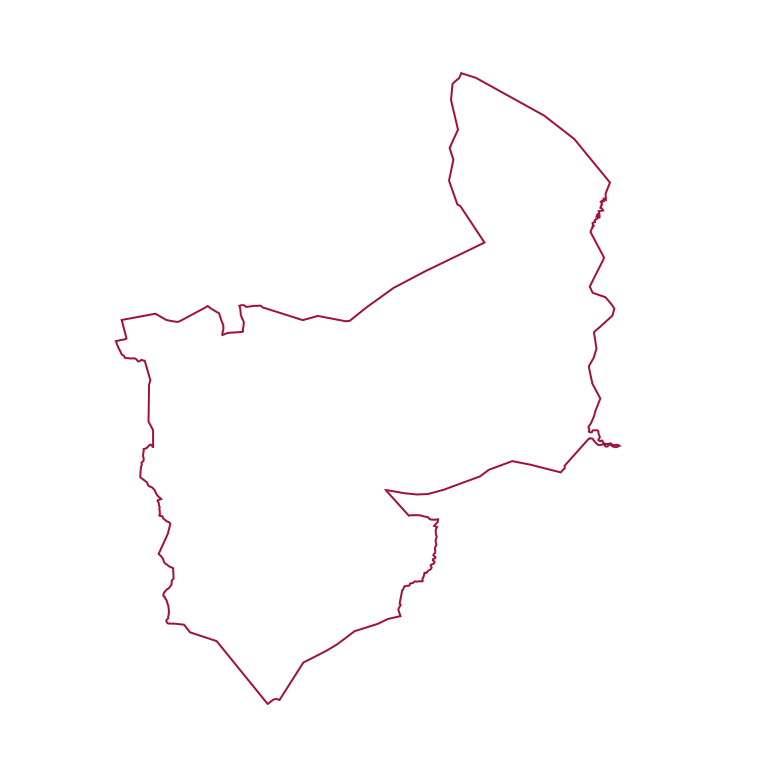 Copanatoyac, Guerrero, Mexico, rotated 77°
{"feature_id": "50627088B48570898025332", "entity_name": "Copanatoyac", "entity_type": "district", "adm_level": 2, "iso_a3": "MEX", "parent_name": "Mexico", "parent_adm1": "Guerrero", "projection": "robinson", "projection_center": [-98.679, 17.438], "detail": "fine", "context": "isolated", "style": "outline", "palette": "rose", "viewbox_px": 768, "rotation_deg": 77, "n_neighbors": 0, "source": "geoboundaries", "source_scale": "gbopen_adm2", "svg_char_len": 6151}
<svg xmlns="http://www.w3.org/2000/svg" viewBox="0 0 768 768"><g transform="rotate(77 384 384)"><path d="M582.3,628.9L596.9,604.9L669.5,569.4L668.6,566.9L667.6,565.0L666.6,562.5L666.6,560.2L667.2,558.6L668.4,556.9L637.3,525.3L630.9,499.9L627.1,488.1L618.2,468.2L616.3,444.0L613.8,432.9L613.9,420.2L607.3,420.8L605.7,420.0L603.0,417.4L601.5,418.2L589.0,412.6L588.8,411.8L588.6,411.6L585.9,409.8L585.7,409.5L585.8,408.6L585.7,407.4L586.1,405.9L586.1,405.1L585.9,404.4L584.5,403.6L584.2,403.1L584.2,402.5L584.4,401.7L584.3,400.3L584.0,399.9L583.5,399.0L583.3,398.2L584.0,396.5L584.0,395.3L584.2,394.3L584.4,392.9L584.9,391.4L584.9,391.0L584.5,390.5L583.1,390.5L582.1,390.2L581.1,389.0L580.7,389.0L579.9,388.3L577.8,387.4L577.1,387.0L577.1,386.6L577.6,385.7L577.6,385.0L576.7,384.2L575.8,382.6L575.2,380.7L574.6,379.7L574.2,379.3L573.5,378.9L572.4,379.1L571.5,379.4L570.9,379.1L570.5,378.4L570.5,377.0L570.4,376.6L570.1,375.9L569.6,375.2L569.0,374.9L568.3,374.8L567.3,375.9L566.8,376.0L566.3,376.0L565.8,375.7L565.5,375.3L565.5,374.3L565.3,373.7L564.7,372.9L564.3,372.8L563.8,373.0L562.5,374.3L562.2,374.4L561.6,374.3L560.9,373.7L560.1,372.4L559.5,371.9L558.3,371.6L556.2,371.5L555.1,371.2L554.5,370.7L554.0,370.4L552.8,369.3L552.2,369.1L548.7,369.1L547.2,368.5L545.7,367.6L544.9,367.0L544.2,366.9L543.7,367.1L543.2,367.2L541.8,367.1L539.4,366.8L538.4,366.6L536.9,365.9L536.0,365.2L535.4,364.5L533.5,367.1L531.0,363.5L530.6,362.7L528.0,361.8L527.7,365.1L526.6,368.8L525.4,370.3L523.7,371.1L521.8,375.3L520.0,378.5L518.8,383.2L517.8,388.2L517.9,389.4L488.8,405.6L487.8,406.0L488.1,405.0L494.9,389.0L499.0,377.0L501.1,365.9L500.5,349.6L499.7,343.7L495.6,311.2L491.2,301.2L488.0,276.4L495.6,259.4L509.9,231.6L508.1,229.3L506.8,226.9L504.2,226.3L484.6,198.5L484.3,198.2L483.8,197.4L483.6,196.4L483.1,195.7L483.7,194.7L483.7,194.2L484.0,193.5L484.4,193.0L484.7,192.8L485.7,192.6L486.9,191.9L487.7,191.6L490.8,189.7L491.5,188.9L491.9,188.0L492.1,187.1L492.1,186.5L491.9,185.5L492.0,184.8L492.6,183.1L493.2,182.7L494.2,182.5L494.6,182.3L495.0,181.6L495.1,180.9L495.1,180.3L494.7,179.5L494.1,178.4L494.0,177.9L494.1,176.6L494.5,176.3L495.7,175.8L496.1,175.5L497.4,173.2L497.7,172.3L497.8,171.2L497.6,170.3L497.3,169.6L497.2,168.5L496.0,169.8L495.6,171.0L495.3,173.8L494.9,174.7L494.0,175.6L493.2,176.1L492.8,176.9L492.7,179.9L492.4,181.4L491.9,182.2L490.8,183.3L489.4,183.9L488.5,183.9L488.0,184.7L488.4,185.9L488.0,186.6L487.1,187.7L486.4,187.6L485.8,187.1L485.0,186.0L484.4,185.7L482.3,185.8L481.2,186.1L479.9,186.1L478.3,185.8L477.1,186.6L476.8,187.5L476.6,189.1L476.2,190.3L476.2,190.9L476.6,191.5L477.3,191.9L477.6,192.2L477.7,192.9L477.6,193.7L477.2,194.5L476.6,195.0L476.1,195.1L475.0,194.2L474.4,194.1L473.7,194.2L472.9,194.6L472.3,194.3L471.9,194.2L471.5,194.3L469.0,191.3L462.3,186.4L458.5,184.5L446.8,176.5L430.4,180.9L413.9,180.6L412.2,179.9L405.4,173.6L399.5,170.3L397.7,169.1L380.6,167.7L377.0,160.8L368.7,146.0L362.5,142.7L361.1,143.0L357.1,144.6L349.2,148.8L342.1,160.2L335.4,161.6L326.0,153.9L311.9,142.1L310.3,141.2L282.3,148.6L277.6,145.4L278.1,145.2L276.9,144.1L276.5,144.6L276.3,144.5L276.2,144.7L274.2,144.6L273.8,143.4L273.7,142.0L272.0,142.0L271.7,140.9L271.2,140.5L271.2,139.8L270.6,139.0L270.2,137.7L270.2,136.5L268.3,136.1L268.3,136.7L268.5,138.4L268.5,139.1L266.9,138.0L266.4,137.2L266.2,135.8L263.9,135.9L264.2,131.4L263.7,131.5L263.3,131.9L262.7,132.1L261.9,132.2L261.2,132.7L261.1,133.4L260.5,133.3L259.9,133.0L258.5,131.4L258.3,131.6L257.9,131.7L257.5,131.6L256.4,130.8L255.5,131.7L255.1,131.8L254.8,130.5L254.4,130.1L254.8,129.7L255.2,129.0L255.1,128.1L252.8,128.3L252.9,127.8L253.2,127.7L254.3,126.3L248.4,125.3L238.6,118.5L188.1,143.5L158.5,167.6L106.2,225.8L98.5,238.9L99.4,239.3L102.9,242.1L105.1,246.6L107.0,249.7L122.2,254.8L152.8,254.7L166.7,265.4L167.6,265.7L167.5,266.0L168.8,267.0L181.0,265.9L200.5,274.9L225.6,272.1L227.8,269.6L268.8,254.3L283.4,318.4L292.5,353.0L305.3,383.6L314.7,403.1L314.3,407.1L302.8,433.2L303.5,448.8L282.9,483.6L282.4,484.7L280.0,486.5L279.5,488.3L279.4,489.9L278.6,492.8L278.1,499.7L277.7,501.2L275.9,502.5L275.3,504.4L275.1,505.7L275.3,507.4L277.6,507.1L281.6,507.5L284.2,508.0L288.8,507.4L290.9,506.8L292.5,506.7L296.5,508.1L299.6,509.5L300.3,509.4L301.1,509.5L301.3,510.9L299.1,524.5L299.9,530.4L298.8,530.3L294.3,528.1L290.8,527.4L284.0,528.3L278.0,528.8L274.7,532.4L271.1,536.0L268.4,538.2L269.1,540.2L276.8,568.6L277.1,570.2L276.8,572.0L274.3,578.3L272.4,582.0L264.1,590.9L262.6,625.2L281.1,624.6L281.9,624.8L282.1,625.6L282.0,626.6L282.2,628.0L281.9,630.0L282.0,632.6L281.9,635.6L285.4,635.2L289.3,634.5L294.9,633.1L295.7,633.1L296.7,632.4L298.2,631.1L300.6,630.3L301.2,627.6L302.0,625.6L302.8,621.7L303.5,620.4L304.8,619.4L306.5,618.7L306.9,617.6L305.9,614.7L307.1,613.2L307.5,611.9L327.7,610.8L331.9,613.1L367.7,621.9L377.0,619.4L393.4,623.1L393.3,623.4L391.2,624.4L390.6,625.0L390.5,625.6L391.6,627.6L392.9,629.5L393.4,631.9L393.3,632.8L394.4,633.1L395.5,633.3L396.7,633.9L397.6,634.1L399.3,635.0L401.4,634.9L403.9,635.2L404.7,635.7L406.3,638.1L407.2,638.0L408.4,638.2L409.7,639.2L413.5,640.6L415.4,641.1L419.5,642.4L420.2,642.4L426.2,637.3L426.7,637.1L429.1,636.7L429.9,636.5L431.1,635.5L431.5,634.6L432.5,633.4L435.0,631.8L435.8,631.4L438.8,630.8L441.2,630.1L443.2,629.0L444.8,627.7L446.0,627.0L446.1,627.6L446.3,630.5L446.9,630.9L447.6,630.8L449.0,630.2L450.4,630.4L451.8,630.5L453.3,630.3L453.8,630.4L455.6,631.1L457.0,631.0L458.0,631.3L458.5,631.3L460.2,631.6L460.5,631.7L461.4,632.5L462.3,631.8L463.1,629.6L465.3,629.4L468.7,626.8L470.5,624.4L471.9,623.7L472.9,624.0L481.4,628.4L498.9,641.8L501.3,640.2L503.0,639.3L504.7,638.7L507.5,638.4L508.9,638.0L509.7,637.6L510.7,636.7L511.4,635.8L513.1,634.7L516.0,630.9L526.3,632.8L527.6,634.9L531.9,636.3L532.9,637.7L534.1,638.9L534.8,640.2L535.1,641.4L536.5,643.6L538.1,645.5L540.1,646.6L541.2,646.6L541.6,646.4L541.8,645.8L542.2,645.5L544.2,645.3L544.5,645.0L546.2,644.5L547.2,644.5L547.9,644.3L549.6,644.4L551.0,644.1L554.6,644.3L557.9,644.9L560.4,645.7L562.1,646.6L563.9,647.1L564.5,648.3L565.1,649.0L565.9,649.5L568.3,648.8L568.8,648.2L570.6,641.4L573.6,632.9L582.3,628.9Z" fill="none" stroke="#9f1239" stroke-width="2"/></g></svg>